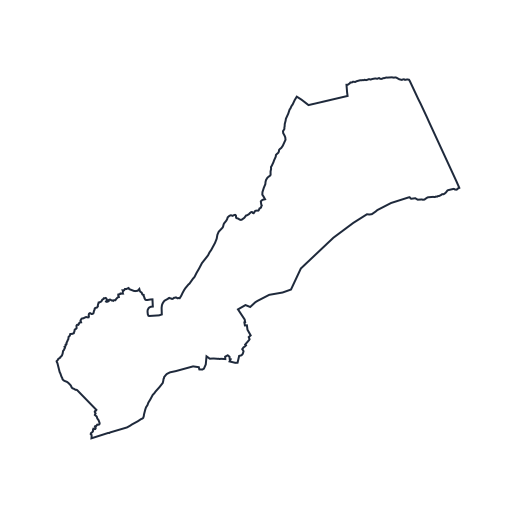 Tigania East, Eastern, Kenya, rotated 84°
{"feature_id": "3690345B96077090238536", "entity_name": "Tigania East", "entity_type": "district", "adm_level": 2, "iso_a3": "KEN", "parent_name": "Kenya", "parent_adm1": "Eastern", "projection": "albers", "projection_center": [37.791, 0.27], "detail": "fine", "context": "isolated", "style": "outline", "palette": "slate", "viewbox_px": 512, "rotation_deg": 84, "n_neighbors": 0, "source": "geoboundaries", "source_scale": "gbopen_adm2", "svg_char_len": 6074}
<svg xmlns="http://www.w3.org/2000/svg" viewBox="0 0 512 512"><g transform="rotate(84 256 256)"><path d="M209.5,46.7L202.9,48.8L141.1,69.8L136.2,71.4L122.0,76.3L116.7,78.3L98.2,84.7L96.7,85.4L96.2,87.1L96.4,89.4L95.8,90.2L95.7,91.1L96.1,92.6L95.2,95.1L93.4,97.6L93.0,98.5L93.0,100.5L92.5,102.2L92.3,107.0L92.1,107.8L92.5,109.8L92.4,110.7L93.0,112.5L92.9,113.3L92.6,114.2L91.9,115.0L92.4,116.9L91.9,118.8L92.1,121.7L92.5,123.6L92.0,124.9L92.0,125.7L92.3,126.4L92.6,128.1L92.1,129.6L92.4,130.3L92.2,132.0L92.3,132.6L92.1,134.0L92.7,137.7L93.3,139.2L92.8,141.3L93.4,142.4L93.3,144.0L94.1,144.7L95.3,146.9L95.2,148.1L102.4,148.3L106.4,148.2L111.4,188.0L105.2,194.5L101.8,198.8L105.1,201.3L109.3,203.8L109.9,204.5L111.5,205.6L113.0,206.4L113.7,207.2L117.9,209.1L122.6,211.9L124.5,212.4L127.7,213.6L130.2,214.0L130.9,214.3L132.6,214.5L134.7,216.1L136.7,216.1L139.3,215.0L141.1,214.5L143.5,214.5L149.1,217.8L151.2,219.6L152.1,221.1L153.0,222.0L154.4,222.3L155.6,223.0L156.8,224.7L157.6,225.6L159.3,226.0L162.7,228.0L164.6,228.9L167.8,230.8L169.1,231.8L171.0,231.9L173.5,232.7L176.7,233.0L177.4,233.4L178.8,235.7L179.5,236.6L181.5,238.1L183.4,238.8L185.5,239.2L189.0,241.1L192.2,242.5L193.1,242.9L195.7,243.3L197.6,242.3L200.5,241.1L200.8,243.5L201.4,244.6L202.2,245.5L205.0,245.4L206.5,245.0L207.1,245.6L208.3,245.9L208.7,246.5L209.1,247.6L210.1,248.0L211.1,248.9L210.9,250.6L211.0,251.8L211.5,252.6L212.4,253.1L213.2,253.9L212.9,254.6L212.2,255.0L211.8,255.5L211.9,256.3L212.7,257.6L213.7,258.7L214.6,260.8L214.7,261.7L216.8,263.6L218.4,266.4L218.5,267.4L218.1,268.4L216.9,269.9L216.3,271.4L215.8,271.8L213.9,271.7L213.0,272.2L212.9,273.1L213.6,275.1L213.0,276.3L212.9,277.2L213.5,278.6L214.6,280.1L216.4,280.9L217.8,281.9L220.3,284.4L221.2,284.9L223.4,285.7L224.2,286.2L227.9,290.5L228.9,291.1L230.9,292.2L234.7,293.3L238.7,295.4L245.3,299.9L247.6,301.9L250.3,303.6L257.4,310.5L262.5,313.9L266.6,316.9L270.2,319.2L270.9,319.8L271.8,320.9L276.7,325.2L277.1,326.0L280.6,329.6L282.3,331.0L284.9,332.8L287.7,334.5L290.0,336.3L289.7,337.4L289.9,338.3L289.5,339.0L288.9,339.7L288.8,340.5L289.1,341.1L289.0,341.9L289.9,343.3L289.8,344.3L289.2,345.2L289.1,346.0L288.6,346.6L288.8,347.4L289.3,347.9L290.9,351.7L292.3,353.0L293.5,353.9L295.1,354.7L297.7,355.3L304.3,355.8L304.9,358.6L304.5,368.5L304.2,369.2L302.7,369.7L300.1,369.7L298.4,369.4L296.7,368.3L296.0,367.4L295.5,365.9L295.5,363.9L288.3,363.5L288.2,365.5L288.4,368.5L288.3,369.9L287.9,370.6L286.4,371.3L285.6,371.3L284.4,371.8L282.9,371.8L282.6,372.8L281.9,373.2L280.5,373.5L279.5,374.7L278.6,375.2L276.6,375.5L278.2,377.3L278.3,379.5L278.0,381.0L275.7,385.5L274.5,386.1L275.3,388.4L275.1,389.8L276.3,390.7L276.2,392.2L277.0,391.9L278.8,392.5L279.5,392.3L279.4,393.9L279.1,394.7L279.6,395.0L279.9,397.0L280.8,397.1L281.5,396.8L282.5,396.7L282.6,397.6L283.0,398.2L284.1,399.5L285.3,400.5L285.1,401.8L285.7,402.7L285.2,403.3L285.2,404.1L284.1,405.6L284.1,406.3L284.4,407.1L285.3,407.1L285.8,408.0L286.0,409.2L285.6,409.9L284.7,409.2L283.9,408.8L282.4,409.4L282.0,410.0L282.2,410.8L282.1,411.8L282.8,412.2L283.4,413.5L284.3,414.0L285.0,414.6L285.5,415.8L285.8,417.4L286.6,417.5L287.2,418.0L288.7,418.5L289.5,418.5L290.6,419.5L290.9,421.3L291.4,421.9L292.5,422.1L293.1,422.6L294.0,423.0L295.3,423.4L296.1,423.8L296.5,424.8L296.5,425.7L295.6,426.7L295.5,427.4L296.0,428.1L296.7,428.4L297.6,428.6L298.8,428.5L299.5,428.9L299.4,430.1L299.0,431.0L299.0,431.7L300.0,434.5L299.9,435.2L300.1,436.0L301.8,437.3L303.7,436.9L303.8,438.4L304.4,439.0L305.4,439.4L305.9,439.9L305.6,440.5L305.8,441.2L306.5,441.8L309.1,442.0L309.6,442.6L310.2,443.9L310.7,444.2L311.5,444.3L312.3,444.6L313.2,445.2L313.8,445.3L314.2,446.8L314.2,448.9L315.8,449.5L316.8,450.8L319.2,451.4L320.2,452.2L320.8,452.4L322.5,453.5L323.7,453.6L324.2,454.6L325.0,454.5L325.7,455.0L326.3,455.9L327.2,455.5L328.5,456.4L329.2,456.7L330.3,457.8L332.8,458.5L334.5,459.3L335.3,460.0L335.9,461.0L336.6,461.3L337.7,463.4L338.8,464.1L339.8,465.3L340.9,465.1L341.7,464.7L350.9,463.4L352.5,462.8L355.6,462.1L357.3,461.4L358.0,461.4L358.8,461.0L359.6,460.3L360.2,459.5L361.4,457.2L362.6,455.9L365.0,454.0L366.0,453.5L367.6,453.0L368.4,452.3L368.9,451.2L370.2,449.5L370.3,448.6L370.7,447.9L392.4,430.8L393.1,431.4L393.4,432.3L394.1,432.7L395.8,432.0L396.5,432.6L397.2,432.9L399.0,431.2L401.0,430.8L402.9,429.7L405.8,429.0L406.5,429.1L407.1,429.5L407.3,430.5L407.1,431.5L408.5,432.8L408.4,433.7L409.0,434.1L410.4,433.4L411.3,434.0L411.3,435.0L410.8,435.8L411.5,436.2L412.4,436.4L413.1,436.4L413.8,436.9L415.0,438.7L415.9,439.0L416.7,438.3L418.0,438.3L420.1,438.7L416.5,421.4L416.7,420.5L416.2,419.5L413.0,402.2L411.5,398.7L410.6,397.1L408.0,390.8L406.2,387.4L405.8,386.0L405.2,385.1L403.4,384.3L402.0,384.0L397.2,382.2L395.0,381.2L392.9,379.5L390.6,378.4L387.6,376.1L383.3,373.2L381.9,371.5L380.3,370.1L376.4,365.8L372.5,362.0L370.2,361.2L368.6,360.8L367.9,360.3L366.8,360.0L364.6,357.8L364.0,357.0L363.5,355.8L362.7,353.6L362.1,347.8L359.2,330.1L360.6,324.5L362.9,324.2L363.3,321.2L362.6,319.6L358.6,317.3L350.6,315.7L353.3,312.7L353.5,308.9L354.3,304.6L354.3,303.9L354.6,303.2L354.6,301.4L355.3,297.3L352.9,297.2L351.8,294.5L353.4,292.9L356.1,292.9L356.2,292.1L358.1,293.3L360.1,287.7L360.2,285.5L353.6,283.2L353.3,281.1L353.0,280.5L351.9,279.4L349.6,278.4L348.9,278.5L347.2,279.4L345.6,278.0L344.6,276.2L343.8,275.3L342.9,276.0L339.0,271.8L338.1,271.1L335.9,271.7L334.4,269.6L328.4,272.2L324.0,272.3L323.9,274.3L320.8,274.5L320.7,273.7L318.0,273.9L307.2,279.5L303.7,271.6L306.1,267.1L301.9,261.5L300.8,259.2L296.0,246.9L295.1,233.4L293.0,224.7L273.1,212.7L245.9,177.1L233.2,155.7L226.1,141.3L226.6,138.9L226.5,136.4L224.3,132.4L223.0,130.5L217.4,116.1L213.7,98.2L213.6,97.1L214.9,96.2L215.3,95.7L215.2,91.6L216.9,89.3L217.1,85.1L217.5,84.2L217.5,82.6L216.1,80.2L215.6,78.9L215.7,73.6L216.0,72.6L216.0,71.6L215.7,71.0L215.9,69.7L215.5,69.0L215.4,67.4L214.6,65.4L214.1,64.7L214.0,64.0L214.2,63.3L213.8,62.1L212.7,60.5L210.9,58.8L210.6,58.1L209.9,52.5L210.2,51.7L210.7,51.2L211.0,49.6L210.7,48.9L210.1,48.5L209.9,47.8L209.5,46.7Z" fill="none" stroke="#1e293b" stroke-width="2"/></g></svg>